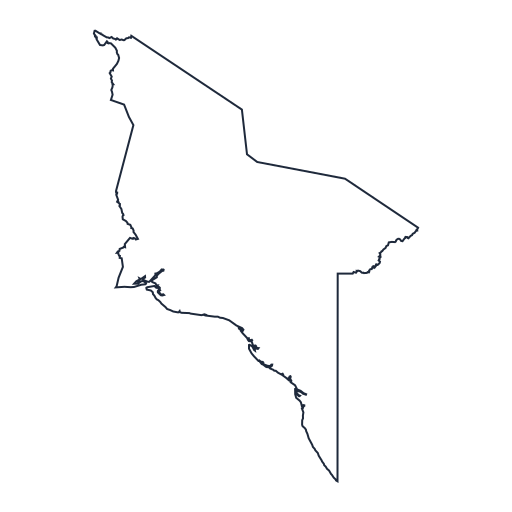 outline of Kerema District, Gulf, Papua New Guinea
{"feature_id": "67681753B5662313405316", "entity_name": "Kerema District", "entity_type": "district", "adm_level": 2, "iso_a3": "PNG", "parent_name": "Papua New Guinea", "parent_adm1": "Gulf", "projection": "orthographic", "projection_center": [146.045, -7.858], "detail": "fine", "context": "isolated", "style": "outline", "palette": "slate", "viewbox_px": 512, "rotation_deg": 0, "n_neighbors": 0, "source": "geoboundaries", "source_scale": "gbopen_adm2", "svg_char_len": 6049}
<svg xmlns="http://www.w3.org/2000/svg" viewBox="0 0 512 512"><path d="M418.1,227.7L345.0,178.7L257.2,162.0L247.0,154.3L241.9,109.6L131.3,35.8L130.9,37.8L129.0,37.3L128.1,38.1L126.3,38.3L124.4,40.1L123.5,40.2L121.7,39.5L119.7,40.0L117.1,38.3L116.4,39.4L115.8,39.5L115.7,39.1L113.2,38.5L111.6,37.0L109.4,38.1L108.0,37.4L106.8,37.4L102.9,35.2L102.4,34.6L101.6,34.5L100.8,34.0L100.7,33.4L99.7,33.4L95.4,30.7L94.6,30.8L93.9,33.6L95.4,35.6L94.9,35.9L95.0,36.5L95.8,37.2L96.7,37.2L96.9,38.0L96.4,38.6L96.7,39.5L100.0,45.0L102.8,45.4L104.2,45.0L106.9,41.3L107.5,41.8L107.7,43.1L108.6,43.4L109.2,43.1L111.0,43.4L115.3,47.7L116.9,50.8L116.8,52.4L117.4,54.1L118.2,54.8L119.1,58.0L118.4,60.8L116.9,63.9L112.9,68.8L113.0,70.4L111.9,70.2L110.9,70.6L110.5,71.1L110.4,72.4L109.7,73.1L111.7,76.6L110.9,78.6L112.0,80.6L111.7,82.1L113.0,83.9L112.4,83.8L112.7,85.6L112.4,87.4L111.3,90.0L112.0,91.8L112.6,94.7L110.9,100.0L124.1,104.6L128.9,116.9L133.4,125.1L116.0,191.1L116.1,192.2L117.2,192.5L117.1,193.7L116.3,194.1L116.3,194.9L118.1,199.7L117.1,201.8L117.8,202.3L118.4,201.8L119.1,203.5L119.9,203.9L119.9,205.4L119.4,206.0L121.4,209.0L122.2,212.9L123.1,213.9L123.5,215.1L122.9,215.5L122.5,216.8L122.8,219.3L125.9,221.0L127.4,222.7L127.6,223.9L130.3,224.8L131.3,227.0L131.3,228.1L132.5,228.3L132.8,228.7L133.6,230.6L133.5,232.0L135.6,234.7L137.9,238.9L135.8,239.5L134.9,238.4L133.7,238.0L133.1,238.7L132.6,238.4L132.3,238.7L130.0,237.9L124.8,244.1L125.1,247.2L123.7,246.8L123.2,247.6L119.7,248.9L119.4,250.9L117.8,251.5L116.9,252.8L118.3,252.7L118.3,253.8L119.1,255.7L119.9,255.9L119.7,257.9L121.7,258.3L122.9,266.9L118.6,277.7L116.6,286.3L115.8,287.4L124.4,286.8L130.7,287.2L134.0,287.0L141.4,284.7L145.3,284.3L146.1,283.6L145.9,282.9L143.2,281.0L141.2,281.3L138.1,283.6L134.1,283.7L136.4,281.2L139.8,279.4L139.4,278.3L140.3,278.8L141.3,278.8L145.0,276.2L145.1,277.5L143.2,278.6L142.8,279.2L143.3,279.8L145.5,280.9L147.9,281.8L149.3,281.8L155.4,275.2L155.6,274.6L155.3,273.9L155.4,273.5L156.4,273.5L158.5,272.4L160.0,271.4L161.5,269.6L162.0,270.0L163.0,269.4L163.6,269.7L163.4,270.7L162.0,271.0L158.7,273.7L156.8,275.7L156.8,277.3L152.4,280.0L151.7,280.9L151.7,281.4L152.4,282.1L155.5,283.4L156.7,285.7L157.1,285.3L157.7,285.3L156.6,286.9L156.9,287.1L158.8,286.8L159.8,287.7L159.7,289.8L160.1,290.3L158.9,291.2L158.9,291.9L160.2,293.6L161.2,294.7L163.3,294.3L164.0,295.0L162.2,295.5L160.8,295.2L157.9,292.4L157.8,291.8L157.9,290.9L158.9,289.7L159.1,288.4L158.8,288.0L156.3,287.8L154.4,286.0L147.3,287.2L146.4,287.7L146.4,288.4L146.8,289.6L150.9,290.5L152.8,292.3L153.0,294.1L154.4,295.7L155.6,298.0L156.8,299.4L158.4,300.2L160.3,302.0L161.4,303.6L165.5,307.1L167.1,309.0L170.3,310.1L173.2,311.5L178.1,312.4L178.6,312.3L179.6,311.1L179.9,312.2L181.6,312.8L189.3,313.1L190.6,313.6L201.0,315.1L201.9,315.1L204.4,314.3L205.6,314.7L204.9,315.3L205.5,315.5L215.0,316.7L217.9,316.7L220.0,317.7L222.9,318.0L229.2,320.3L236.4,325.5L242.1,328.1L243.4,329.7L242.5,331.2L242.1,331.2L241.3,330.3L240.8,330.8L242.7,333.3L247.1,338.0L247.9,339.8L248.9,341.1L249.8,341.2L249.9,340.8L248.1,339.2L248.2,338.3L248.8,338.2L249.0,339.3L249.6,339.9L251.0,340.2L251.8,339.8L252.2,340.3L251.5,341.4L252.3,343.2L252.7,344.9L253.9,345.7L255.5,345.5L256.2,346.3L256.3,347.8L258.5,348.1L257.9,348.9L257.1,348.8L255.8,347.8L255.5,346.2L255.1,346.0L254.2,346.4L253.8,346.8L253.9,347.5L255.3,348.9L254.6,349.2L254.9,350.6L254.2,350.1L252.3,346.5L249.6,344.8L249.0,345.0L249.0,348.7L251.6,353.4L254.0,356.3L258.5,361.0L259.2,361.0L258.6,359.9L260.9,361.7L262.7,361.9L262.9,362.1L262.1,362.4L262.2,362.8L264.4,364.6L267.6,365.8L269.4,366.0L270.4,365.8L271.4,364.6L272.2,364.6L272.0,365.7L269.8,367.5L269.6,368.0L270.1,368.5L273.3,369.8L274.2,370.7L275.8,370.8L278.0,372.7L281.0,374.3L282.6,373.7L283.1,374.5L282.5,375.2L286.1,377.8L289.0,380.4L289.4,380.5L289.6,380.1L288.0,378.4L289.0,377.9L289.6,376.5L290.4,376.2L290.7,376.8L290.1,378.9L291.3,380.6L291.2,381.3L290.5,381.7L290.6,382.2L295.1,385.3L297.1,389.4L300.6,390.8L303.6,393.2L306.1,394.2L305.9,394.7L304.5,394.2L302.9,393.7L301.6,392.4L300.0,391.6L296.9,390.9L296.5,393.0L298.9,395.3L300.0,395.7L299.5,396.2L298.9,396.2L296.9,394.3L296.4,394.5L296.1,394.2L295.8,389.3L295.5,388.9L295.1,389.0L295.2,394.3L296.2,397.8L299.7,400.7L300.9,402.3L302.0,406.7L302.4,407.1L302.7,406.9L303.4,405.1L304.3,405.3L304.3,405.9L303.5,406.3L302.9,408.1L302.6,408.6L302.0,408.7L303.4,412.4L302.9,415.6L303.0,418.4L302.2,420.2L302.1,424.8L302.6,426.2L304.7,428.0L305.9,429.6L306.2,431.2L307.4,433.8L308.7,438.3L312.2,444.8L312.9,446.9L314.7,448.9L315.3,450.3L317.8,453.0L318.7,455.7L321.7,460.5L322.0,461.4L323.9,463.9L324.2,465.2L325.7,466.6L327.0,468.8L329.1,470.6L331.1,474.1L331.8,474.7L333.7,477.6L335.6,479.4L336.0,480.4L337.5,481.3L337.7,273.6L352.7,273.6L353.6,272.0L356.0,272.7L356.5,271.9L356.6,271.0L357.2,271.3L358.0,270.6L360.3,271.2L361.7,272.6L362.3,272.8L363.5,272.7L363.9,273.1L366.9,272.9L367.6,272.1L368.9,272.4L369.3,271.6L369.1,270.6L370.3,269.2L371.7,269.1L372.3,267.4L373.0,267.8L373.2,267.6L373.3,266.2L373.9,266.1L374.7,267.5L376.0,265.8L375.9,264.8L376.2,264.3L376.7,264.4L376.9,265.0L377.3,265.0L378.1,264.6L379.7,262.9L380.0,261.7L378.7,260.5L379.3,259.7L379.1,259.3L379.6,258.9L379.5,257.9L380.5,257.2L380.5,256.6L379.2,256.4L380.2,255.4L380.3,254.5L379.6,253.1L380.8,252.5L381.5,251.3L382.2,251.2L383.4,249.5L385.5,248.0L386.4,246.0L388.0,245.3L388.8,242.4L391.7,241.9L395.0,242.1L395.8,241.5L396.1,240.4L396.8,239.6L398.1,238.8L399.1,238.8L400.2,239.5L401.1,240.9L402.5,241.2L404.4,238.6L405.3,238.0L405.2,237.3L405.5,236.9L407.4,237.1L407.7,238.0L408.4,238.3L410.7,235.8L412.0,235.2L412.7,233.8L414.6,232.8L415.9,231.0L417.1,230.6L416.6,229.8L417.6,228.8L418.1,227.7ZM268.7,367.1L268.1,366.6L266.3,366.4L263.2,364.6L265.8,366.7L266.8,367.1L268.7,367.1ZM262.9,364.3L260.6,362.1L260.2,362.1L261.7,364.0L262.5,364.4L262.9,364.3ZM240.9,328.9L239.5,328.4L238.9,327.6L238.7,327.8L239.1,328.8L240.0,329.2L240.9,328.9ZM137.9,281.5L138.9,281.3L139.8,280.3L137.8,281.1L137.9,281.5Z" fill="none" stroke="#1e293b" stroke-width="2"/></svg>